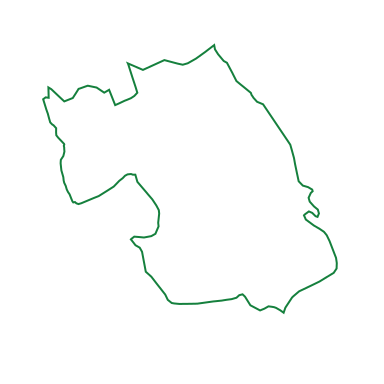 Qillin, Kafr ash Shaykh, Egypt (Albers equal-area conic projection), rotated 164°
{"feature_id": "37247803B73362886902816", "entity_name": "Qillin", "entity_type": "district", "adm_level": 2, "iso_a3": "EGY", "parent_name": "Egypt", "parent_adm1": "Kafr ash Shaykh", "projection": "albers", "projection_center": [30.844, 31.086], "detail": "fine", "context": "isolated", "style": "outline", "palette": "green", "viewbox_px": 384, "rotation_deg": 164, "n_neighbors": 0, "source": "geoboundaries", "source_scale": "gbopen_adm2", "svg_char_len": 2569}
<svg xmlns="http://www.w3.org/2000/svg" viewBox="0 0 384 384"><g transform="rotate(164 192 192)"><path d="M218.2,333.3L218.1,332.6L217.7,318.9L217.3,308.4L217.2,302.5L221.0,300.2L224.9,299.0L229.1,298.5L231.5,298.3L238.2,297.2L241.9,296.7L243.5,313.1L246.9,312.2L249.0,311.7L254.9,318.7L262.9,322.9L265.1,322.8L271.2,322.4L272.6,322.4L274.0,321.1L276.8,318.6L280.7,315.2L289.8,314.3L292.1,318.1L298.9,329.6L301.2,332.1L303.8,322.1L306.6,323.3L309.5,322.2L309.3,312.8L309.3,311.8L309.1,308.4L309.0,307.2L309.1,302.3L309.1,298.0L307.8,295.5L306.7,294.3L305.0,290.8L306.2,286.8L306.8,283.9L305.6,281.0L301.7,273.5L301.7,272.8L302.5,271.7L302.6,269.9L302.9,268.9L303.5,266.0L305.5,262.5L305.8,262.0L309.2,259.1L310.0,256.9L310.4,255.7L311.6,248.8L311.6,241.8L312.2,238.4L312.3,236.1L311.7,232.6L311.7,229.1L311.2,226.2L310.3,223.5L309.9,219.3L309.6,216.6L309.5,215.9L309.0,214.7L307.3,214.6L306.2,212.9L305.0,212.1L304.5,211.7L301.6,211.7L287.9,213.3L282.8,213.8L273.1,216.6L265.7,218.8L261.7,221.1L258.8,222.8L254.8,224.4L251.9,226.1L249.1,226.7L245.7,226.1L244.0,224.9L241.7,224.3L241.7,216.8L235.6,203.4L235.1,202.2L232.2,195.9L230.0,188.9L228.9,183.7L229.5,180.3L233.0,171.7L233.6,168.2L238.7,161.9L243.3,160.8L250.7,161.5L255.3,163.3L259.8,165.0L262.8,163.8L263.8,163.3L263.0,161.4L261.0,156.4L257.6,152.9L256.5,148.3L258.4,128.1L254.4,121.7L251.4,114.1L246.0,100.8L245.0,95.0L242.1,90.9L239.9,89.8L235.3,88.0L232.5,87.2L224.5,85.0L217.7,83.2L201.5,80.9L200.0,80.6L193.2,79.4L191.3,79.2L188.1,78.8L183.5,78.1L178.4,78.1L175.0,79.8L171.6,79.7L169.9,76.8L167.1,67.0L159.2,59.4L154.6,59.9L150.0,61.0L147.2,59.8L144.9,58.7L143.2,57.5L139.8,54.0L137.2,50.7L134.1,55.1L124.9,63.0L123.4,63.8L116.4,67.0L103.2,69.2L94.1,70.8L85.9,73.1L78.1,75.2L74.1,78.6L72.4,83.8L71.7,89.0L72.0,92.2L73.3,106.9L74.4,113.3L75.2,115.2L76.1,117.3L79.5,121.4L84.0,126.1L90.2,134.2L90.3,135.2L90.8,138.7L90.3,139.0L89.6,139.4L85.0,141.1L82.2,138.8L79.9,134.7L78.2,133.5L75.9,136.4L75.9,137.1L75.9,140.4L78.7,144.5L81.5,150.3L81.5,154.3L78.1,158.3L75.8,159.5L75.8,161.2L79.1,164.7L83.7,167.6L85.6,171.2L86.5,172.9L85.9,181.5L85.2,190.8L84.6,196.5L84.5,204.6L84.5,210.4L87.2,218.8L89.8,226.8L99.5,256.7L104.6,260.8L106.3,264.3L106.9,265.5L107.4,267.2L108.0,268.9L108.1,271.1L113.5,278.9L115.9,282.3L118.7,286.4L120.2,294.2L120.3,294.9L122.8,306.6L125.4,309.2L128.9,317.1L129.1,317.7L129.5,319.1L130.6,322.8L130.2,327.1L137.1,324.4L140.6,323.0L151.5,319.1L160.6,316.9L164.3,316.9L165.8,316.9L170.3,319.3L182.2,326.4L205.5,322.9L218.2,333.3Z" fill="none" stroke="#15803d" stroke-width="2"/></g></svg>